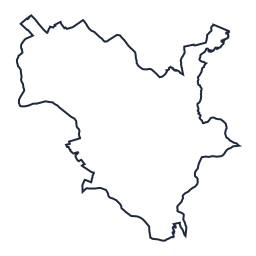 Cehal, Satu Mare, Romania (Equal Earth projection)
{"feature_id": "2599482B97854258133418", "entity_name": "Cehal", "entity_type": "district", "adm_level": 2, "iso_a3": "ROU", "parent_name": "Romania", "parent_adm1": "Satu Mare", "projection": "equal_earth", "projection_center": [22.618, 47.388], "detail": "fine", "context": "isolated", "style": "outline", "palette": "slate", "viewbox_px": 256, "rotation_deg": 0, "n_neighbors": 0, "source": "geoboundaries", "source_scale": "gbopen_adm2", "svg_char_len": 5696}
<svg xmlns="http://www.w3.org/2000/svg" viewBox="0 0 256 256"><path d="M177.2,206.9L178.0,205.5L181.5,201.8L181.9,200.8L182.1,199.9L182.9,198.5L183.0,197.8L182.7,196.3L182.9,195.6L183.4,194.9L184.8,193.5L188.5,191.5L189.6,190.2L192.5,188.0L195.0,186.7L197.2,184.2L197.8,181.8L197.5,180.0L197.7,179.2L197.0,177.7L195.2,176.4L194.9,175.8L195.0,173.9L194.8,173.2L195.1,172.3L195.5,171.8L195.5,171.3L197.8,168.4L198.1,166.6L198.8,163.6L201.4,158.0L202.1,157.0L203.1,157.0L205.3,156.6L208.9,156.9L211.6,156.3L213.2,156.2L216.9,156.7L221.1,156.2L222.7,155.4L224.4,153.6L225.5,151.7L226.7,150.1L228.7,148.6L229.4,148.5L231.1,147.8L232.8,146.4L239.1,145.7L238.0,145.0L236.8,143.5L233.8,142.7L231.1,141.0L230.2,140.8L228.1,138.4L226.5,137.6L225.8,135.8L225.1,133.1L225.9,129.6L226.7,128.3L226.0,124.4L225.4,123.3L223.2,121.2L220.6,119.3L218.4,119.2L215.6,118.6L214.5,117.7L212.3,117.5L210.4,118.3L209.2,120.3L207.4,122.2L206.2,122.1L203.8,123.1L202.9,123.0L202.8,122.4L202.0,120.7L199.6,118.2L199.7,117.5L200.5,116.1L200.3,114.9L199.3,114.4L198.4,113.5L199.2,112.7L197.7,110.7L197.8,110.2L198.3,109.8L198.5,109.1L198.2,107.4L197.6,106.3L197.4,104.6L197.5,103.8L198.0,103.3L199.0,102.8L199.8,101.7L200.6,99.7L201.0,98.0L201.0,97.1L201.2,96.3L201.0,94.8L200.8,94.3L201.2,93.1L201.0,90.9L201.5,90.1L201.6,88.6L201.1,87.6L200.4,86.9L200.3,86.3L199.9,85.3L198.8,85.1L198.2,84.3L198.1,83.0L197.7,81.7L197.8,81.0L198.2,80.4L198.4,79.4L197.9,77.2L199.3,75.7L201.5,71.8L202.0,69.2L202.3,68.2L203.1,67.4L203.9,67.1L203.9,66.5L204.1,65.8L204.9,64.7L205.0,64.3L206.1,63.3L205.4,63.1L203.8,62.0L201.4,61.5L199.6,60.0L199.4,58.9L200.3,57.2L200.4,55.2L201.0,54.5L204.6,52.0L205.4,50.9L206.3,48.8L207.7,48.6L208.8,49.9L210.3,50.2L208.7,51.1L209.3,51.6L209.7,52.3L209.6,51.5L209.8,51.0L210.3,51.1L210.9,51.8L213.4,50.7L215.4,47.7L215.5,47.7L215.9,48.4L217.0,49.0L217.5,48.3L217.2,47.9L217.3,47.7L218.0,48.2L218.2,47.9L218.6,48.1L219.6,47.4L220.3,47.4L221.9,45.2L223.3,43.9L223.7,43.3L223.6,42.5L222.7,42.1L223.4,41.9L223.8,41.5L223.8,41.3L223.4,41.4L223.0,41.1L220.8,41.0L221.5,40.8L221.6,40.5L222.8,40.5L223.3,39.8L223.7,39.6L224.5,40.1L224.9,39.6L224.9,39.2L226.7,38.7L227.3,37.8L228.2,37.6L228.1,36.2L228.5,35.9L228.0,34.1L227.6,33.6L226.5,33.6L226.6,33.1L227.2,32.9L226.5,32.7L226.8,32.4L228.0,32.5L228.2,32.4L228.2,31.9L228.9,31.5L229.0,31.2L213.3,24.6L213.1,25.5L212.1,26.1L211.2,27.3L211.4,30.6L211.0,31.2L209.3,32.6L208.8,33.4L207.2,34.8L207.0,35.8L207.2,36.4L207.1,37.4L206.6,38.6L206.7,39.7L205.7,42.7L195.2,45.4L194.3,45.4L193.8,44.6L184.3,46.6L184.2,48.8L184.7,52.0L184.5,53.0L182.7,56.4L181.7,57.7L180.9,59.6L180.8,60.3L180.7,61.2L181.3,62.7L181.0,64.2L183.1,74.5L180.0,72.7L179.4,71.7L178.3,70.9L175.8,69.9L174.9,70.3L175.0,70.5L174.5,70.4L174.2,70.2L173.5,68.8L172.8,68.8L172.7,68.0L172.0,67.7L171.4,67.8L170.6,66.9L168.9,68.0L169.0,69.2L168.4,69.9L167.9,70.1L166.5,70.2L166.5,70.7L166.9,71.6L165.2,74.2L162.5,76.5L159.6,77.2L156.5,73.9L152.5,70.2L151.0,69.2L149.9,68.9L146.3,69.4L143.0,69.2L141.1,68.1L138.8,66.2L137.8,65.2L137.5,64.3L136.7,63.2L136.6,60.7L135.9,58.1L135.5,53.9L135.1,52.3L132.8,49.9L130.3,47.7L128.3,45.6L124.2,40.0L121.8,37.7L120.1,35.5L118.5,35.1L116.8,35.0L108.4,40.3L107.1,41.4L105.6,41.4L104.9,41.7L103.6,40.8L102.0,38.7L99.9,37.2L94.7,32.3L93.3,31.4L91.3,30.7L88.9,28.5L88.0,26.9L87.4,26.3L86.5,24.5L85.6,23.2L85.2,22.7L84.1,21.1L83.0,20.1L72.9,27.1L66.9,28.9L65.6,27.5L64.4,28.2L61.0,23.5L60.6,21.9L60.0,22.1L54.7,24.9L54.8,25.1L55.2,25.0L55.4,25.8L54.2,26.2L53.2,27.5L50.2,26.7L50.2,27.2L49.0,28.6L47.5,32.6L47.1,32.9L43.6,29.7L38.9,24.2L35.2,19.4L31.2,15.4L28.7,17.2L29.1,17.7L28.5,18.2L28.4,18.6L27.4,19.1L26.8,18.5L20.7,23.8L27.0,29.8L27.7,29.9L28.4,30.5L32.9,35.6L25.5,38.9L24.7,39.6L22.0,43.3L21.3,44.5L21.1,45.2L21.1,48.3L22.0,49.4L22.4,52.8L21.4,53.5L20.0,54.8L18.5,55.8L18.3,57.0L17.0,59.7L16.9,60.6L17.2,62.9L17.7,64.5L18.0,66.2L18.8,66.9L20.2,68.9L20.9,70.2L20.8,71.7L21.6,76.9L21.2,78.8L21.1,79.8L21.6,81.7L22.9,83.8L23.5,87.8L24.2,89.6L24.0,91.0L20.2,97.2L19.0,99.9L18.9,103.0L20.2,106.0L21.2,106.3L25.1,106.3L28.7,105.5L33.1,103.7L36.9,103.6L45.6,101.3L49.6,102.1L52.4,102.3L54.9,104.2L57.6,105.6L59.3,107.4L71.1,116.8L74.5,118.7L76.2,121.0L76.4,124.4L76.8,126.7L77.2,127.6L78.5,128.7L79.0,129.5L79.4,130.5L79.4,131.8L78.9,133.5L79.0,134.6L79.4,136.7L80.1,137.8L80.0,138.3L69.0,141.6L69.8,143.8L66.1,144.8L67.1,147.0L68.6,146.9L68.8,147.7L69.8,149.6L70.4,149.8L70.5,151.1L73.4,153.5L77.8,152.2L78.1,152.7L76.9,153.1L77.2,153.9L75.5,155.2L75.7,156.9L77.0,159.6L78.7,161.2L81.3,159.8L84.6,164.2L83.4,164.7L81.9,165.6L82.5,166.2L91.7,172.2L93.8,172.6L93.9,173.1L92.5,175.9L92.5,177.5L91.9,178.6L91.5,181.3L91.1,182.3L87.2,180.6L84.8,179.9L84.3,180.8L82.4,185.1L82.6,191.9L85.9,188.7L87.2,188.2L88.6,188.5L95.5,188.5L98.7,188.0L100.4,187.9L106.0,190.0L106.4,190.5L108.0,193.5L108.5,196.1L109.1,196.9L110.5,197.8L112.5,198.4L116.1,200.1L120.0,204.0L121.1,205.8L121.5,208.1L121.9,208.7L123.6,209.9L125.5,211.8L131.2,216.0L136.4,216.3L138.4,216.8L140.7,217.8L142.7,219.2L144.5,221.0L148.8,226.1L149.2,226.9L149.3,230.7L150.3,236.5L150.2,237.5L151.3,237.9L152.4,238.8L158.1,239.4L162.2,240.6L165.0,240.6L167.0,239.2L167.9,239.0L169.9,238.0L170.9,237.3L171.8,237.1L172.9,237.3L173.7,236.8L173.5,235.2L172.7,232.8L174.1,232.7L173.8,231.8L174.1,231.5L173.5,231.1L174.0,230.3L172.8,228.1L172.8,227.3L173.5,226.7L174.6,226.6L175.4,227.6L175.7,227.5L175.8,227.2L175.7,226.6L173.7,224.1L177.5,223.2L179.9,222.8L179.8,224.3L180.3,226.1L181.4,228.2L182.0,228.6L183.1,230.9L184.5,234.9L185.5,236.0L186.4,227.1L185.6,225.4L184.9,222.7L183.3,219.6L183.8,214.6L183.4,214.1L182.0,213.0L177.6,211.3L177.4,210.6L177.6,209.6L177.2,206.9Z" fill="none" stroke="#1e293b" stroke-width="2"/></svg>